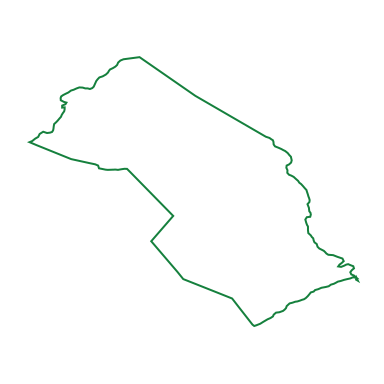 the district of Marcionílio Souza, Bahia, Brazil, rotated 85°
{"feature_id": "56859067B20080017614460", "entity_name": "Marcionílio Souza", "entity_type": "district", "adm_level": 2, "iso_a3": "BRA", "parent_name": "Brazil", "parent_adm1": "Bahia", "projection": "equal_earth", "projection_center": [-40.653, -13.154], "detail": "fine", "context": "isolated", "style": "outline", "palette": "green", "viewbox_px": 384, "rotation_deg": 85, "n_neighbors": 0, "source": "geoboundaries", "source_scale": "gbopen_adm2", "svg_char_len": 2670}
<svg xmlns="http://www.w3.org/2000/svg" viewBox="0 0 384 384"><g transform="rotate(85 192 192)"><path d="M144.9,110.1L143.4,113.6L96.5,180.3L53.1,232.5L53.8,248.7L54.8,251.9L56.6,254.3L58.9,255.5L60.4,257.4L61.7,260.0L62.8,263.0L64.2,264.3L65.7,265.3L67.5,267.6L69.0,270.9L69.8,274.3L71.4,276.1L73.1,277.7L74.9,278.7L76.5,279.6L78.5,280.7L79.8,282.3L80.5,284.7L79.7,286.9L79.5,289.3L78.5,291.7L78.0,295.1L78.8,298.1L79.8,300.9L80.4,303.7L82.1,306.5L83.1,309.2L84.2,311.9L85.4,314.0L87.0,314.7L89.2,314.7L91.1,311.7L92.0,309.3L93.5,310.4L94.6,313.8L96.6,314.0L96.6,311.5L98.6,311.7L100.5,312.3L102.3,313.9L104.1,315.2L105.6,315.9L107.5,317.9L109.3,319.7L110.7,321.3L112.3,323.4L114.5,324.0L116.9,324.5L118.5,325.0L120.0,326.2L120.5,328.3L120.6,331.3L119.0,335.0L120.9,338.7L123.7,340.4L125.2,343.6L127.3,346.7L128.2,349.5L131.7,342.9L148.7,309.5L154.3,291.6L156.0,286.0L157.5,283.2L160.3,282.6L161.5,278.5L162.2,276.2L162.6,274.0L162.8,270.3L163.0,266.2L163.5,263.8L163.2,260.6L163.0,257.3L163.3,254.7L168.6,250.3L214.2,212.8L216.7,215.4L219.4,218.2L237.5,236.9L270.4,213.4L278.0,208.3L280.1,204.1L294.6,175.2L301.6,161.3L312.0,154.6L329.4,143.3L330.9,141.7L330.2,138.9L329.2,135.5L327.7,132.6L326.4,129.9L325.4,127.8L324.4,124.8L323.0,122.2L321.3,121.3L319.5,118.8L319.4,115.5L318.4,111.7L317.2,109.9L315.9,108.5L313.9,107.6L311.5,104.5L311.0,101.4L310.3,98.7L310.2,96.5L309.6,93.9L309.0,91.8L308.6,89.8L307.6,87.9L305.9,85.8L304.2,84.1L302.4,82.4L301.8,79.5L300.4,77.9L299.8,74.7L298.7,71.4L298.3,67.2L297.8,64.0L296.4,61.7L295.8,58.7L295.0,56.7L294.0,54.5L293.6,51.6L292.8,48.2L292.4,45.6L291.9,41.9L291.0,39.1L291.8,35.6L289.4,37.8L288.0,40.5L285.7,41.3L283.9,39.7L282.2,37.3L280.0,37.8L278.7,40.5L277.5,42.7L277.8,44.8L278.6,46.6L279.6,50.0L278.9,52.8L277.2,51.4L275.8,49.1L274.1,46.9L271.4,47.9L270.3,50.4L269.3,52.7L267.2,56.9L266.4,61.7L265.0,63.5L263.6,64.5L262.1,65.8L260.7,68.0L259.4,70.1L257.5,71.7L254.7,72.3L252.8,74.4L250.9,75.0L248.7,75.3L247.2,76.6L245.6,77.4L243.1,79.7L240.0,79.8L238.1,79.6L236.4,79.5L234.8,80.3L232.5,80.9L229.3,81.5L227.1,79.8L227.0,76.4L224.9,75.6L223.0,75.8L221.5,76.8L219.7,76.9L218.0,76.9L216.3,77.4L214.2,78.0L212.2,75.9L210.3,75.5L208.2,75.9L206.6,76.4L204.5,76.8L201.6,77.5L200.0,77.8L198.2,79.2L195.8,80.9L193.6,82.6L192.1,84.3L190.2,85.3L187.9,87.5L185.8,89.4L184.3,91.7L183.3,93.8L181.2,95.4L178.6,95.0L176.1,95.9L173.9,95.4L173.0,92.9L171.3,90.7L169.1,89.9L167.1,90.2L165.5,90.4L163.6,91.9L161.6,93.2L159.3,95.6L158.1,97.6L157.0,99.2L155.5,101.9L153.8,105.3L151.8,106.5L149.1,106.5L147.5,106.9L146.3,108.5L144.9,110.1ZM291.8,35.6L293.6,36.2L294.8,34.5L291.8,35.6Z" fill="none" stroke="#15803d" stroke-width="2"/></g></svg>